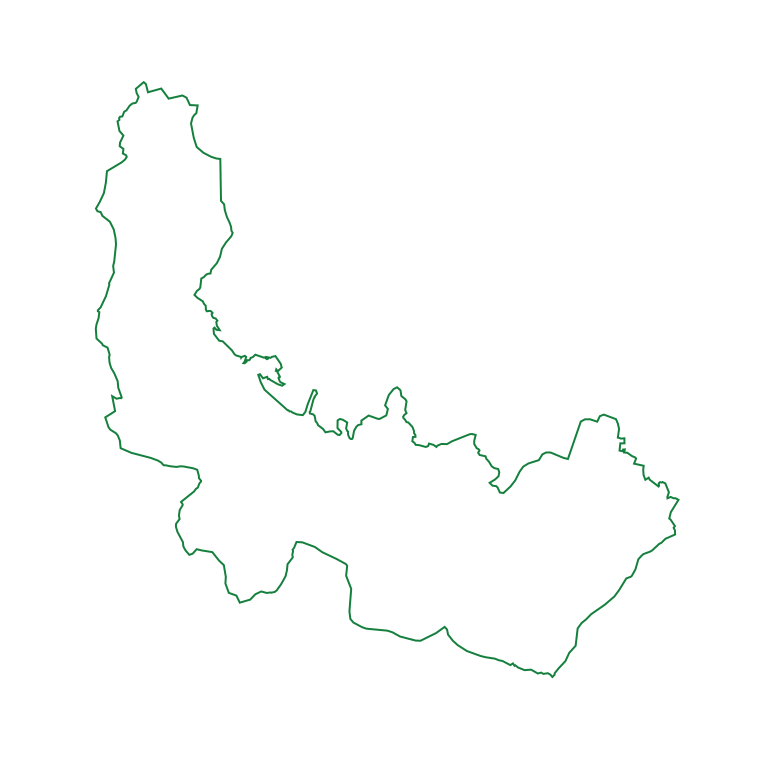 the district of Avramesti, Harghita, Romania, rotated 277°
{"feature_id": "2599482B64108004805491", "entity_name": "Avramesti", "entity_type": "district", "adm_level": 2, "iso_a3": "ROU", "parent_name": "Romania", "parent_adm1": "Harghita", "projection": "albers", "projection_center": [25.039, 46.361], "detail": "fine", "context": "isolated", "style": "outline", "palette": "green", "viewbox_px": 768, "rotation_deg": 277, "n_neighbors": 0, "source": "geoboundaries", "source_scale": "gbopen_adm2", "svg_char_len": 6103}
<svg xmlns="http://www.w3.org/2000/svg" viewBox="0 0 768 768"><g transform="rotate(277 384 384)"><path d="M359.4,629.2L358.7,626.1L359.3,622.6L368.0,622.8L373.3,620.9L377.4,618.5L380.4,605.9L378.4,602.2L372.6,600.2L374.1,592.8L373.4,587.7L370.7,583.9L332.0,575.7L332.5,571.3L336.3,557.7L335.8,553.3L333.5,549.8L327.3,547.0L322.8,537.1L319.0,532.3L313.5,529.3L304.3,526.0L297.8,522.1L290.4,515.9L290.4,512.2L295.1,509.4L296.3,507.8L296.3,504.1L298.8,500.9L302.7,505.8L306.4,508.9L310.4,509.2L313.5,507.7L314.0,503.5L315.5,500.9L319.5,497.8L322.3,494.6L324.6,493.6L325.2,487.6L327.3,485.8L329.7,486.9L330.9,485.7L331.6,483.8L335.6,480.8L338.8,480.5L344.6,481.2L345.1,477.6L344.7,475.4L335.4,458.4L332.0,453.9L331.5,448.3L329.2,444.4L327.9,443.7L329.6,440.6L330.3,435.9L327.8,435.4L326.6,433.2L327.6,426.1L327.5,422.8L329.4,421.3L330.6,419.1L334.9,419.2L335.4,421.7L337.3,421.3L338.7,419.9L341.0,419.5L344.8,417.5L348.8,412.8L348.9,411.0L351.2,409.2L352.5,407.5L353.8,407.0L355.8,407.9L357.8,409.9L360.8,408.2L369.6,408.5L371.4,407.1L374.2,402.7L379.8,401.1L382.3,397.4L380.1,394.1L373.6,390.1L362.9,387.7L359.7,390.9L353.1,390.1L348.8,383.9L348.7,382.1L350.8,372.6L344.9,366.0L341.3,366.5L340.1,363.4L338.3,361.8L333.9,360.0L326.4,359.5L325.5,358.9L325.4,357.7L326.0,356.5L329.3,354.5L332.4,354.1L332.8,353.3L335.3,351.8L341.3,352.2L343.5,347.5L343.9,344.5L342.2,342.4L334.6,343.2L331.2,347.4L330.3,347.7L328.0,346.2L328.0,344.2L330.9,339.5L330.4,336.3L328.9,331.8L332.0,328.9L335.1,323.5L336.9,322.6L338.7,320.7L344.0,319.0L345.2,317.5L345.7,314.1L347.1,313.6L348.0,314.2L360.4,315.9L362.3,316.8L362.6,316.5L366.4,318.7L369.3,317.3L369.3,314.6L354.4,310.7L346.8,309.4L343.2,307.2L343.2,301.2L344.6,296.5L345.4,295.3L345.3,293.5L346.3,292.4L346.2,291.5L363.8,266.1L370.7,261.5L377.8,258.1L378.6,259.7L374.9,263.2L376.9,267.2L374.7,268.2L375.1,269.6L374.3,270.4L370.8,278.7L369.9,283.1L371.8,285.2L373.0,281.4L373.8,280.3L377.2,278.5L377.8,278.8L378.0,279.7L378.7,279.7L383.9,276.0L383.9,275.1L385.4,275.3L383.8,277.1L387.9,280.5L391.5,279.0L398.5,272.8L397.3,269.5L396.1,268.1L396.4,265.0L395.0,265.7L394.4,264.8L395.1,263.5L396.2,263.0L395.5,261.7L397.4,252.7L394.6,250.4L393.6,248.4L392.0,248.0L391.1,247.1L391.0,245.3L389.3,244.8L387.6,243.1L387.6,242.0L389.4,243.0L394.1,243.9L395.0,242.4L393.4,239.4L392.6,239.0L393.5,238.6L394.3,233.8L395.2,232.1L398.9,228.9L406.7,218.7L406.9,215.1L413.0,209.1L418.3,208.0L419.3,208.9L417.4,211.0L417.4,214.4L421.5,211.0L425.1,210.0L426.6,210.9L428.5,208.9L428.9,206.4L430.6,205.0L432.3,204.4L433.6,205.2L434.9,203.8L435.4,202.5L434.6,199.2L436.2,198.1L439.8,197.6L441.7,195.5L444.0,194.1L446.6,188.6L449.3,185.0L453.6,187.0L455.9,189.3L457.6,189.9L466.4,189.8L468.0,192.0L470.9,194.2L472.0,196.0L472.5,198.3L476.4,198.6L483.6,203.4L490.5,205.8L498.4,206.6L505.2,209.9L512.0,214.4L515.5,215.4L517.5,213.9L521.4,213.0L525.3,211.1L530.5,207.8L537.2,204.8L542.9,203.4L545.9,199.9L587.4,194.1L587.4,190.1L588.5,184.6L591.5,176.6L596.4,169.2L605.1,165.2L619.1,160.7L625.0,161.5L627.9,162.9L629.8,164.7L637.8,165.1L637.2,157.4L644.1,153.1L645.8,148.8L641.0,135.5L650.1,126.9L644.8,114.2L652.7,111.1L654.3,108.7L646.7,101.7L642.7,103.0L639.0,105.5L634.0,104.1L632.7,103.2L631.7,100.0L629.2,97.6L624.3,95.1L622.5,92.9L617.7,91.7L617.1,89.5L615.8,88.7L613.9,89.2L612.2,87.5L602.9,90.6L598.8,95.1L591.5,92.6L587.8,92.7L585.6,96.7L581.0,96.7L579.6,100.1L578.1,101.0L575.2,99.6L572.1,96.7L561.5,83.1L549.7,83.4L539.3,82.7L529.8,79.6L523.0,76.7L520.5,78.6L520.1,81.8L516.6,84.0L511.6,92.2L504.5,96.9L496.3,99.7L489.9,101.0L473.0,101.3L468.1,100.8L461.6,102.4L450.4,98.8L449.1,99.3L437.2,97.3L425.5,93.4L422.3,91.0L421.4,91.1L420.6,92.7L414.8,92.7L408.1,91.4L403.8,91.2L394.1,93.1L389.8,99.1L388.2,100.2L386.4,105.2L379.4,108.2L377.5,107.8L371.7,109.0L366.7,111.2L361.9,114.9L354.4,119.3L347.9,120.7L338.7,125.3L337.9,125.0L337.9,123.6L336.8,120.3L338.8,115.7L324.3,120.4L316.9,111.4L307.6,115.8L305.3,117.9L302.6,123.7L300.7,125.9L295.7,128.7L288.2,130.4L284.9,141.6L282.2,161.6L280.4,169.1L278.8,172.6L276.5,175.1L276.7,177.3L276.3,181.9L276.4,188.0L277.6,192.5L277.7,195.3L277.1,204.8L276.1,209.1L270.4,211.4L268.0,211.8L265.7,214.2L264.7,214.2L263.1,213.0L258.5,211.8L256.8,210.0L254.2,208.6L242.2,196.9L240.1,198.8L239.1,198.9L234.1,196.6L228.4,196.5L225.1,197.6L220.0,194.7L218.6,194.7L216.9,194.9L212.1,197.0L202.5,203.7L198.5,204.6L196.9,205.6L194.5,207.4L190.7,211.6L192.3,214.8L197.2,218.2L196.6,223.4L196.2,234.1L188.6,241.8L184.7,247.1L173.3,250.5L166.7,250.9L157.8,255.4L156.0,263.3L149.4,267.5L153.7,277.5L159.6,281.9L163.1,287.4L162.3,293.1L163.3,296.8L163.1,297.5L164.3,300.9L166.1,302.7L172.8,306.3L181.2,309.7L187.5,310.4L193.3,310.2L200.8,314.6L203.3,313.8L207.2,314.1L208.3,313.5L210.7,314.8L216.5,316.4L216.9,322.2L213.8,335.3L209.5,343.3L204.6,358.1L200.7,368.0L199.1,369.6L189.0,369.8L176.7,376.4L154.1,377.4L146.8,379.2L143.5,382.7L140.0,391.8L139.0,396.3L139.6,417.3L138.6,422.6L135.3,430.8L133.2,446.6L133.6,451.5L143.1,466.0L150.3,473.8L148.0,476.5L143.1,478.1L137.5,483.7L133.8,489.0L129.1,498.7L125.8,513.0L125.2,518.1L124.9,527.7L123.8,531.6L123.6,535.1L120.4,543.7L122.4,546.0L120.2,547.9L120.8,548.6L119.0,551.5L117.1,558.4L118.4,564.8L115.4,572.0L116.7,575.1L115.7,577.5L116.9,581.9L115.8,584.6L113.7,586.8L116.1,588.7L117.8,588.7L123.4,592.2L131.0,597.8L139.9,600.7L147.5,606.1L165.0,606.0L170.9,609.3L174.9,613.2L180.8,617.7L192.1,630.3L201.1,638.5L207.9,642.4L220.6,648.2L222.8,652.5L223.7,653.3L230.4,656.1L241.0,657.8L244.9,660.5L246.8,662.2L250.2,668.8L251.6,670.5L258.9,676.7L260.2,678.7L264.7,682.2L270.1,691.3L274.1,690.6L276.6,689.0L278.4,690.1L284.5,684.8L285.2,683.5L291.7,684.3L304.9,690.4L306.1,687.4L305.9,685.3L306.8,682.2L305.1,679.3L306.4,679.0L311.2,680.0L319.7,675.3L320.6,672.4L320.1,671.9L320.2,669.9L318.9,668.8L316.4,669.4L315.7,669.0L321.4,659.4L323.3,658.1L320.8,655.1L325.4,652.7L330.8,651.7L334.5,651.7L335.4,641.9L340.6,643.3L341.6,642.5L342.7,638.9L345.4,633.9L345.3,630.7L348.4,631.0L348.1,629.3L346.3,629.2L346.6,625.9L353.9,625.8L354.4,629.9L359.4,629.2Z" fill="none" stroke="#15803d" stroke-width="2"/></g></svg>